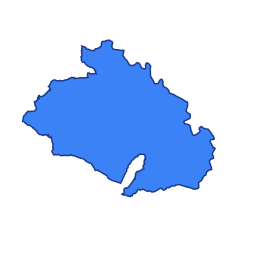 Agrado, Huila, Colombia (Natural Earth projection), rotated 305°
{"feature_id": "7082276B63113141901274", "entity_name": "Agrado", "entity_type": "district", "adm_level": 2, "iso_a3": "COL", "parent_name": "Colombia", "parent_adm1": "Huila", "projection": "natural_earth1", "projection_center": [-75.707, 2.263], "detail": "fine", "context": "isolated", "style": "filled", "palette": "blue", "viewbox_px": 256, "rotation_deg": 305, "n_neighbors": 0, "source": "geoboundaries", "source_scale": "gbopen_adm2", "svg_char_len": 5754}
<svg xmlns="http://www.w3.org/2000/svg" viewBox="0 0 256 256"><g transform="rotate(305 128 128)"><path d="M168.6,43.2L168.0,43.9L166.3,44.6L165.4,45.7L164.6,45.5L164.1,46.3L162.7,47.0L161.6,48.5L160.4,48.9L159.5,48.6L159.0,49.1L158.8,49.8L157.5,50.3L156.3,51.7L156.0,52.5L156.0,53.3L156.8,54.5L156.1,56.3L156.1,57.0L155.8,57.6L155.8,58.4L155.6,58.7L155.6,59.2L156.0,60.4L156.0,62.0L156.4,62.2L156.8,63.2L157.1,66.5L156.9,67.1L156.0,67.7L155.8,69.0L154.8,69.9L154.1,71.0L153.5,69.3L152.6,68.6L152.1,67.7L150.7,66.4L150.9,64.9L150.0,63.6L149.4,63.9L148.8,63.9L147.4,64.9L146.6,66.2L146.4,66.2L144.3,63.7L143.8,63.8L142.9,61.6L142.2,60.5L140.1,58.5L138.8,56.8L138.1,56.5L138.0,55.9L138.4,55.4L138.5,54.8L137.5,54.0L137.2,52.9L136.1,52.1L135.0,51.9L134.4,51.1L133.7,51.3L133.4,50.9L132.9,50.8L131.8,49.3L131.0,49.0L130.4,48.3L129.8,48.1L128.7,46.9L128.1,45.3L126.2,43.4L125.2,40.1L124.0,39.3L122.1,38.6L119.4,39.2L118.0,39.0L117.4,39.4L116.4,39.1L116.4,39.7L116.1,40.6L115.5,41.3L115.1,41.4L115.4,41.9L115.3,42.4L113.8,42.5L113.5,42.4L113.5,41.9L113.2,41.6L112.4,41.6L111.3,41.2L111.0,41.4L109.7,41.4L109.0,40.7L106.8,40.8L106.1,40.0L105.2,40.1L104.3,39.4L103.4,37.7L103.1,37.4L103.1,37.0L103.6,36.7L103.3,36.3L102.4,36.8L101.3,36.5L100.7,36.8L100.7,37.2L101.2,37.7L101.5,38.3L101.2,38.4L100.9,37.7L100.1,37.9L98.6,37.4L98.0,37.5L97.6,37.2L97.1,37.6L96.9,37.5L96.2,37.2L95.9,36.3L93.1,39.1L92.9,40.1L91.5,41.6L89.8,42.1L87.7,41.3L87.2,40.8L86.6,39.6L84.8,37.8L84.7,36.9L84.2,36.4L81.1,36.0L80.2,36.2L77.5,35.7L76.7,36.3L72.9,37.9L73.5,39.0L73.5,40.1L73.2,41.1L72.9,41.3L73.1,42.1L72.9,44.5L73.7,45.4L73.9,49.0L73.4,49.8L74.0,50.7L73.3,52.3L73.3,54.4L72.6,55.6L72.5,56.2L72.1,57.1L71.9,59.2L72.8,61.1L73.2,61.5L73.1,62.4L73.4,62.9L74.1,62.9L74.5,63.7L75.2,64.2L75.4,65.6L76.9,66.5L76.8,67.0L75.2,67.3L75.2,68.1L75.3,69.7L76.8,70.1L73.4,73.6L71.3,76.3L69.1,77.4L68.4,78.7L65.6,78.9L65.1,79.2L64.4,80.4L63.4,82.7L64.1,83.3L65.5,85.6L66.2,85.9L66.6,86.5L66.6,87.9L67.0,89.1L67.9,90.0L68.4,91.0L69.2,91.6L69.6,92.6L70.3,93.2L70.9,94.5L71.9,95.9L72.2,96.1L72.9,96.1L73.2,96.4L73.3,97.6L74.7,100.8L75.6,105.0L77.0,108.7L77.3,110.8L76.8,111.3L76.9,112.3L76.7,112.8L77.2,116.7L77.8,117.5L77.8,118.1L77.3,119.9L76.8,120.2L76.1,122.7L75.5,123.8L75.0,124.9L74.6,125.1L74.6,125.4L74.7,125.9L75.4,126.3L75.7,127.1L76.1,127.4L76.1,128.3L75.8,128.8L76.4,130.4L76.5,134.3L76.9,138.0L75.5,140.7L75.9,145.2L76.6,147.0L78.6,153.7L87.6,152.0L92.3,151.5L93.5,150.6L94.3,150.5L95.4,150.8L96.8,149.9L97.7,149.7L99.0,149.8L99.4,150.1L99.9,150.2L100.6,149.9L101.5,150.2L102.8,149.8L108.8,151.0L110.1,152.4L111.0,151.8L112.2,152.4L113.1,152.4L114.4,154.5L115.5,155.9L115.3,156.4L115.6,157.1L115.3,158.0L114.4,158.3L113.7,159.5L113.1,159.3L112.8,160.2L112.2,160.0L111.9,160.2L111.5,159.8L110.7,160.0L110.5,160.4L109.8,160.6L109.5,161.0L108.7,160.9L108.1,162.4L106.8,162.0L105.8,162.0L104.8,162.6L104.4,163.9L103.6,164.3L103.3,164.3L102.7,163.5L102.3,163.4L101.9,162.9L100.6,162.9L99.4,162.0L98.8,162.2L98.4,161.9L98.4,161.4L97.6,160.4L96.4,160.2L95.1,160.6L94.7,160.5L94.0,161.2L92.2,161.8L91.9,162.2L91.5,162.2L91.3,162.6L90.8,162.3L90.4,162.5L90.0,163.1L89.4,162.4L88.5,162.6L87.9,162.3L86.9,162.7L85.4,162.5L79.8,162.3L78.6,161.7L77.6,160.7L77.3,160.2L75.6,159.9L74.8,160.3L73.0,162.1L71.9,162.0L71.1,161.2L70.3,161.0L70.4,162.3L72.0,165.2L72.1,166.9L73.1,169.0L73.3,168.8L74.0,168.9L74.9,170.4L76.6,169.9L77.3,170.0L78.3,171.0L78.5,171.5L81.2,171.8L82.3,171.3L83.7,171.8L84.2,173.2L84.2,173.8L85.1,174.3L86.6,175.7L86.9,178.5L87.6,180.9L89.0,181.5L89.0,183.0L89.4,184.4L90.1,185.3L91.5,186.4L93.8,187.6L96.6,188.6L97.8,190.1L97.4,192.2L97.5,192.8L98.1,193.4L99.6,194.0L101.4,194.0L102.2,195.4L104.0,196.5L105.9,197.2L107.3,199.5L108.7,199.9L109.9,201.2L110.3,201.3L111.0,202.4L113.1,208.8L113.2,209.4L114.9,213.4L115.7,217.2L116.6,218.0L118.1,219.7L118.4,219.7L119.7,220.2L123.5,217.3L124.3,217.3L127.1,218.3L131.7,217.7L132.6,217.8L133.1,218.3L134.2,218.7L135.9,218.0L137.5,217.7L139.2,218.2L140.7,219.2L141.9,220.3L142.7,219.8L144.4,217.7L147.0,214.1L147.8,213.5L150.1,213.8L151.2,214.8L152.3,215.4L153.7,214.2L155.1,211.7L161.1,211.1L161.4,209.9L160.7,209.1L161.7,207.5L163.8,203.1L164.6,202.7L165.6,202.7L166.7,203.2L167.4,204.3L168.0,204.9L168.5,204.9L170.3,202.7L170.5,201.1L171.2,200.0L173.0,194.6L172.8,194.0L171.7,192.1L171.2,189.9L171.3,187.5L171.2,187.1L168.9,186.4L167.8,187.1L167.0,188.8L165.8,189.0L162.2,187.8L160.5,187.0L159.8,186.2L159.7,185.3L160.4,183.3L161.2,182.6L162.1,181.0L165.5,177.5L165.6,176.9L165.3,175.0L164.2,172.2L164.2,171.6L164.9,170.3L165.7,170.0L171.0,173.0L171.8,173.0L174.2,171.8L175.0,170.8L174.6,170.2L174.6,169.5L175.0,166.2L175.6,165.6L180.3,164.1L183.0,162.2L183.3,161.4L182.8,159.9L182.8,156.4L181.7,148.6L181.6,146.1L180.5,142.3L180.9,141.1L182.1,139.9L182.6,138.0L182.8,136.0L182.3,134.1L182.4,133.5L184.1,131.2L184.8,130.6L186.0,130.2L187.3,127.9L186.9,127.2L186.0,126.8L184.6,126.7L182.4,127.2L181.4,126.6L179.4,124.5L181.2,121.5L183.2,117.0L184.0,116.2L189.3,112.3L191.5,111.2L192.4,109.2L192.6,107.8L192.3,106.3L191.2,105.8L189.8,106.1L186.8,108.5L186.0,107.8L185.5,106.7L185.0,104.4L186.2,102.7L187.2,100.6L187.4,99.5L186.8,98.1L186.0,97.6L184.6,97.6L183.2,97.1L181.9,95.9L180.8,94.3L180.6,93.0L182.8,87.8L182.8,86.0L183.8,84.3L184.3,82.2L189.0,80.3L189.1,79.5L187.6,78.0L186.8,75.9L184.7,72.2L184.2,69.9L184.8,68.7L186.4,67.5L188.8,66.7L189.5,65.7L189.6,64.9L189.3,64.1L189.1,63.1L189.3,62.5L189.0,62.0L187.1,60.0L186.5,59.7L185.7,59.7L185.1,58.5L184.0,57.3L183.0,57.2L182.3,57.8L181.2,58.1L180.5,58.8L179.7,59.1L178.5,58.6L177.6,58.7L176.9,58.0L175.8,57.6L173.9,55.8L171.9,55.9L170.1,52.6L169.9,50.7L169.1,49.4L169.1,48.8L169.5,48.1L169.4,46.9L169.7,46.5L168.6,43.2Z" fill="#3b82f6" stroke="#1e3a8a" stroke-width="1.5"/></g></svg>